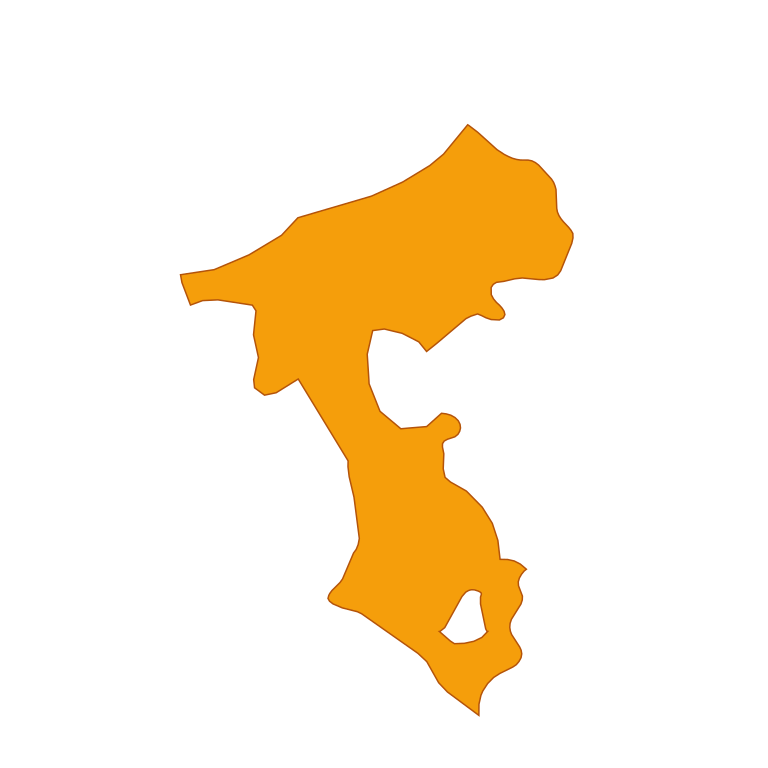 SVG path tracing the border of Rimini, rotated 292°
{"feature_id": "ITA-5366", "entity_name": "Rimini", "entity_type": "Province", "adm_level": 1, "iso_a3": "ITA", "parent_name": "Italy", "parent_adm1": "", "projection": "equal_earth", "projection_center": [12.401, 43.955], "detail": "fine", "context": "isolated", "style": "filled", "palette": "amber", "viewbox_px": 768, "rotation_deg": 292, "n_neighbors": 0, "source": "natural_earth", "source_scale": "10m", "svg_char_len": 2524}
<svg xmlns="http://www.w3.org/2000/svg" viewBox="0 0 768 768"><g transform="rotate(292 384 384)"><path d="M436.4,372.5L435.1,363.7L429.3,353.5L405.3,357.3L383.5,367.8L378.6,370.1L374.6,373.9L370.0,378.3L357.2,390.5L348.8,416.4L352.5,423.6L360.5,439.5L378.4,448.3L379.6,452.9L380.1,457.7L379.5,462.4L377.7,466.7L375.1,469.6L371.9,471.4L368.5,471.9L365.0,471.4L361.6,469.5L356.6,463.6L353.7,461.2L350.6,460.6L347.5,461.8L341.7,465.6L327.5,470.7L320.3,475.6L318.0,482.4L315.6,500.5L306.6,521.2L295.4,536.6L281.6,548.2L264.9,557.3L267.6,564.4L268.7,571.0L268.1,577.8L265.6,585.4L263.1,584.0L259.2,582.8L254.9,582.2L250.8,582.6L247.3,584.3L239.2,591.8L235.6,593.1L231.3,593.4L213.6,590.3L209.2,590.6L205.4,591.8L202.1,593.8L199.5,596.2L191.0,608.3L188.5,610.9L185.4,612.8L181.6,613.6L177.3,613.1L173.3,611.8L169.9,609.5L159.1,599.9L153.0,595.6L145.1,592.3L136.4,590.6L131.6,590.5L122.7,592.0L112.3,596.1L122.2,558.2L127.5,546.6L142.6,527.7L147.0,516.3L162.6,449.3L162.9,444.7L160.8,429.2L161.0,419.1L162.2,414.9L164.2,412.4L167.3,412.0L169.5,412.2L173.0,413.1L183.5,417.6L187.7,418.6L215.9,419.1L220.2,420.2L225.5,420.2L231.5,419.0L267.8,398.6L284.9,386.5L293.8,381.6L299.3,379.5L356.5,302.6L335.5,287.3L328.9,277.4L332.0,265.4L339.3,261.5L361.5,257.7L380.7,244.6L403.9,237.9L407.8,232.4L399.8,198.5L393.4,184.6L384.7,175.0L402.3,158.7L409.1,154.4L426.4,183.7L453.2,210.5L483.5,233.3L505.9,241.9L553.5,302.0L578.2,325.6L603.8,344.7L619.4,353.1L655.7,364.5L655.5,365.7L652.5,376.6L643.6,401.0L641.9,409.5L641.5,414.3L641.4,418.6L641.9,422.9L642.8,426.7L645.6,433.8L646.3,437.5L646.0,441.4L644.9,445.4L636.7,462.6L634.5,465.7L631.9,468.2L628.8,470.6L611.5,478.4L608.4,480.4L605.7,483.1L603.5,486.2L601.7,489.4L598.4,496.6L596.5,499.9L594.3,502.7L590.2,504.5L584.7,505.4L555.2,505.4L550.2,504.2L545.6,501.0L540.8,493.6L538.8,488.3L534.1,472.5L530.5,465.8L524.0,456.6L520.4,450.2L517.4,448.0L513.6,447.2L507.0,450.0L503.9,453.7L501.7,457.8L500.3,461.6L498.6,465.0L496.4,468.1L493.6,470.1L490.1,469.9L486.6,467.0L483.9,459.2L483.6,453.7L484.0,448.7L484.0,444.5L479.5,439.2L475.3,435.5L441.3,417.6L430.1,411.3L436.1,400.5L437.1,389.8L437.8,381.8L436.4,372.5ZM193.4,572.8L193.2,572.2L195.1,570.0L216.2,555.9L222.6,553.3L225.3,553.1L226.1,552.8L226.8,552.1L227.2,550.6L227.3,548.7L227.0,545.0L226.5,543.5L225.9,542.0L225.0,540.7L224.0,539.6L221.7,537.8L216.2,535.9L180.9,531.6L175.8,528.7L175.3,528.0L170.5,541.9L169.6,546.6L173.7,555.7L179.1,563.7L185.7,569.7L193.4,572.8Z" fill="#f59e0b" stroke="#b45309" stroke-width="1.5"/></g></svg>